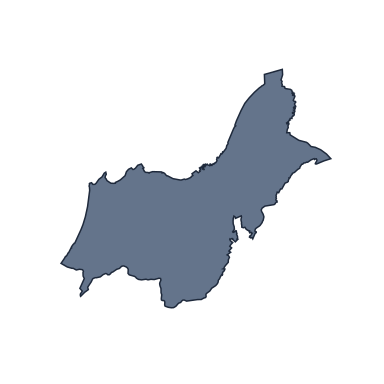 Mueang Chon Buri, Chon Buri, Thailand (Equal Earth projection), rotated 41°
{"feature_id": "78962969B92456210505100", "entity_name": "Mueang Chon Buri", "entity_type": "district", "adm_level": 2, "iso_a3": "THA", "parent_name": "Thailand", "parent_adm1": "Chon Buri", "projection": "equal_earth", "projection_center": [101.0, 13.351], "detail": "fine", "context": "isolated", "style": "filled", "palette": "slate", "viewbox_px": 384, "rotation_deg": 41, "n_neighbors": 0, "source": "geoboundaries", "source_scale": "gbopen_adm2", "svg_char_len": 6050}
<svg xmlns="http://www.w3.org/2000/svg" viewBox="0 0 384 384"><g transform="rotate(41 192 192)"><path d="M262.8,143.7L262.0,143.1L261.9,143.4L260.4,142.9L259.8,141.3L259.1,141.2L258.5,140.0L257.6,139.4L257.2,138.0L256.4,136.2L257.9,135.7L256.9,131.9L256.9,131.5L257.8,130.8L256.4,124.3L257.6,121.9L257.7,120.9L257.1,120.1L256.7,118.7L256.0,117.8L256.5,117.6L256.6,117.1L255.9,114.8L255.9,112.8L255.5,112.2L256.5,109.9L257.0,105.5L257.7,103.5L257.1,102.2L256.6,99.1L257.3,98.4L257.3,96.9L258.4,95.6L258.9,94.3L259.8,93.6L260.8,89.6L262.3,86.7L263.2,87.0L263.6,85.8L264.0,85.4L265.1,85.8L265.7,86.4L266.3,89.5L266.6,89.8L267.2,89.6L267.7,89.0L271.2,81.9L274.9,75.8L268.6,75.1L261.4,75.7L255.7,77.4L252.0,79.6L247.4,79.2L245.8,79.4L238.7,82.9L228.6,84.5L226.9,83.1L224.6,85.1L222.8,82.1L222.4,80.3L220.9,79.0L220.5,77.0L219.4,76.3L219.0,76.7L219.0,78.2L218.1,77.9L218.6,75.3L218.4,74.3L218.8,73.3L218.1,73.2L217.9,72.0L219.2,70.9L218.4,70.1L218.1,68.6L218.6,68.1L218.6,66.9L217.9,65.9L217.3,65.9L216.4,66.7L215.8,66.3L215.9,65.5L217.0,64.6L216.6,63.4L215.0,63.5L215.4,62.6L215.2,61.4L214.8,61.0L213.8,62.0L213.4,61.9L213.2,60.9L214.3,59.6L214.0,59.2L213.1,59.1L211.6,58.3L211.4,57.8L211.5,56.5L211.3,56.1L210.7,55.8L209.7,56.5L208.3,56.4L207.0,52.5L206.6,52.4L206.6,52.1L205.5,51.6L205.4,52.4L205.0,52.7L204.7,51.4L204.1,52.4L203.8,51.9L203.7,50.9L203.1,51.5L203.1,50.8L202.4,50.5L202.0,50.9L200.6,49.8L198.9,50.0L194.9,52.5L193.7,52.6L193.1,51.9L192.6,51.8L190.5,53.1L189.5,51.6L188.1,51.0L187.4,49.4L185.7,49.1L183.5,44.1L179.7,40.2L169.5,55.8L175.9,62.6L175.7,64.7L175.1,66.1L175.0,67.3L174.5,69.2L173.7,75.8L173.4,83.3L173.7,90.4L175.6,98.4L178.8,109.0L180.5,113.4L181.0,113.8L181.6,113.6L181.4,115.0L181.9,117.1L186.5,131.0L187.5,131.8L187.8,134.2L189.1,136.6L189.4,141.2L188.8,141.5L188.9,142.0L189.4,142.0L189.5,143.8L188.7,144.2L189.0,145.0L189.7,148.8L188.3,149.2L188.3,149.8L188.8,150.2L189.3,151.4L190.2,151.8L190.4,152.2L190.7,154.3L190.2,154.8L190.4,156.0L189.9,156.2L189.9,156.9L189.4,157.0L189.5,158.3L187.3,158.9L187.5,159.5L188.6,159.6L188.2,159.9L188.2,160.5L185.7,161.3L185.3,161.1L185.2,161.8L184.0,162.0L184.0,162.8L182.9,163.3L182.6,164.4L182.9,164.7L183.3,163.7L185.0,163.4L185.2,164.5L184.8,164.8L185.2,165.0L183.9,164.9L183.6,165.5L182.9,165.5L182.6,166.1L183.5,166.4L183.6,166.2L183.9,166.5L184.6,166.3L187.0,167.4L185.1,167.0L185.0,167.3L184.9,167.0L183.2,167.3L183.2,167.7L183.6,168.0L182.2,167.5L183.0,168.0L183.0,168.3L182.1,168.0L182.0,168.5L182.4,168.7L182.0,168.7L181.9,169.0L183.6,169.5L183.6,170.8L184.5,171.0L184.1,173.3L181.1,173.4L180.0,178.2L181.9,179.0L181.3,180.7L181.6,181.6L180.0,185.2L178.7,187.0L177.7,187.3L176.1,189.9L175.2,190.7L168.9,194.4L163.1,195.8L162.1,196.4L159.1,195.9L157.6,196.2L156.9,197.2L156.4,196.7L155.6,197.0L148.9,202.5L147.2,205.2L147.2,205.9L146.2,206.0L144.1,207.6L142.6,207.7L141.8,207.3L141.6,207.4L140.6,206.9L140.3,206.4L139.6,206.5L139.8,205.6L139.6,205.1L138.3,205.2L137.7,204.7L135.4,204.1L133.5,207.4L133.7,211.1L133.2,213.1L132.6,213.8L130.4,213.6L129.2,216.5L129.2,219.7L130.8,223.6L130.0,229.8L129.1,232.4L127.9,235.0L128.4,235.6L127.3,236.8L125.0,238.6L120.3,239.2L118.8,238.5L117.0,238.2L115.8,236.2L115.9,235.5L115.6,234.8L113.9,233.6L113.4,235.4L114.2,239.6L113.4,243.5L113.9,248.4L113.7,249.9L112.2,251.3L110.1,250.9L109.1,252.4L109.1,253.1L109.5,253.3L110.5,255.1L111.4,255.6L113.7,257.9L122.8,271.6L127.8,280.7L131.1,288.1L132.9,293.2L137.1,307.5L136.7,308.0L136.9,308.9L136.7,309.4L136.9,311.5L137.2,313.1L137.8,313.2L137.6,314.3L138.7,318.7L138.5,319.1L139.2,322.2L139.1,323.4L138.8,323.6L139.3,326.0L140.0,331.8L147.1,330.4L151.4,328.4L152.5,327.5L155.8,326.8L157.8,324.1L160.1,322.6L160.9,322.6L162.1,323.1L162.5,324.2L165.0,326.9L167.5,328.0L170.6,338.3L174.2,338.8L174.7,342.3L175.9,343.6L176.4,343.8L176.8,338.1L177.8,333.7L176.0,332.5L175.7,332.1L174.9,325.9L174.1,323.1L174.1,322.3L175.1,320.2L176.1,319.4L178.5,316.2L179.1,312.7L180.2,310.3L181.1,309.7L182.8,309.7L183.9,308.6L184.1,307.1L184.0,305.5L184.7,304.4L185.9,299.7L187.4,297.3L187.6,294.3L188.5,293.0L189.2,292.5L191.7,291.7L193.3,291.7L194.7,292.3L197.1,295.4L199.0,295.7L203.9,293.4L205.4,293.2L206.6,293.5L208.9,293.1L211.6,291.4L214.5,288.0L216.4,287.2L218.3,284.8L220.9,282.9L223.7,278.7L225.0,277.9L226.3,278.8L227.2,281.5L227.8,282.5L229.4,283.8L231.9,285.2L234.7,288.3L236.6,289.4L238.7,292.5L239.7,293.5L240.7,293.4L242.0,292.4L242.9,292.4L243.8,293.0L245.5,295.2L246.6,295.8L249.7,294.6L252.4,292.9L254.0,291.3L254.8,288.8L254.8,284.8L255.9,282.8L255.8,280.6L256.1,279.5L257.1,278.6L259.5,277.9L266.8,269.5L269.5,267.1L270.5,264.3L271.5,262.7L271.2,261.6L269.7,260.2L269.5,259.1L270.4,255.0L270.0,251.7L271.3,247.1L271.3,244.5L270.8,242.8L269.8,241.4L269.7,239.3L269.1,237.7L268.7,235.0L269.4,234.8L269.0,233.9L268.2,233.3L267.9,232.4L268.0,230.2L267.4,228.6L266.1,229.4L266.3,229.0L265.7,227.5L265.5,225.7L265.5,221.3L263.9,219.3L263.1,216.7L261.4,216.1L259.8,216.4L260.7,212.1L258.6,212.3L258.6,208.2L256.1,208.2L255.8,206.1L255.9,203.8L255.4,204.1L254.9,203.4L252.9,203.6L251.5,202.9L251.4,202.5L252.1,202.5L252.7,200.8L253.7,200.7L253.7,201.1L257.4,201.2L257.6,197.6L256.8,197.9L256.6,196.8L255.4,195.6L253.3,194.6L253.1,193.8L252.0,193.3L251.0,192.3L250.6,192.4L250.2,193.2L250.0,195.0L249.5,195.5L248.8,195.4L248.4,192.1L247.9,191.9L246.7,190.6L244.0,189.0L241.7,186.6L241.5,186.1L240.7,185.3L239.5,182.7L241.4,182.6L242.1,183.4L244.8,177.7L245.7,178.3L246.9,180.5L247.8,181.4L249.2,182.3L250.3,183.7L251.1,184.2L252.7,185.9L254.2,185.3L255.1,183.9L257.4,184.6L259.4,184.3L260.9,183.6L261.1,184.4L262.5,184.9L262.8,183.7L263.5,183.7L264.1,184.2L264.5,183.8L265.0,186.7L264.6,186.8L264.5,187.5L265.0,188.4L266.5,188.1L267.2,187.0L268.6,187.5L266.8,181.8L267.1,180.5L266.4,179.9L265.7,180.4L265.0,180.2L264.1,178.3L264.2,177.0L265.2,173.4L265.3,172.5L265.0,169.1L264.5,168.1L264.3,166.7L262.6,163.6L260.3,162.1L257.3,161.0L256.0,160.1L255.5,158.1L256.3,154.8L262.2,147.7L262.5,146.3L262.2,145.6L262.3,144.4L262.8,143.7Z" fill="#64748b" stroke="#1e293b" stroke-width="1.5"/></g></svg>